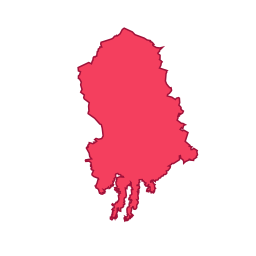 Sandefjord nor, Vestfold, Norway, rotated 31°
{"feature_id": "86288312B12201330718372", "entity_name": "Sandefjord nor", "entity_type": "district", "adm_level": 2, "iso_a3": "NOR", "parent_name": "Norway", "parent_adm1": "Vestfold", "projection": "robinson", "projection_center": [10.23, 59.215], "detail": "fine", "context": "isolated", "style": "filled", "palette": "rose", "viewbox_px": 256, "rotation_deg": 31, "n_neighbors": 0, "source": "geoboundaries", "source_scale": "gbopen_adm2", "svg_char_len": 6015}
<svg xmlns="http://www.w3.org/2000/svg" viewBox="0 0 256 256"><g transform="rotate(31 128 128)"><path d="M134.6,196.1L137.2,198.5L137.8,197.9L138.8,198.5L140.2,197.8L141.2,196.0L139.8,196.2L141.2,194.4L139.0,193.5L140.2,193.3L140.1,191.7L141.4,190.4L141.7,188.7L143.0,189.6L143.8,187.9L143.0,186.3L142.1,186.0L143.5,186.1L143.5,185.6L143.7,185.2L144.0,186.2L145.0,185.3L144.8,184.0L143.7,184.1L143.4,182.2L142.6,181.5L143.3,181.0L143.1,179.5L142.2,178.4L142.8,176.4L141.3,174.5L141.4,173.4L142.7,172.2L144.1,172.7L145.7,171.8L146.7,172.7L148.9,172.0L149.4,172.4L146.1,174.1L144.0,176.7L143.9,177.6L144.2,177.0L144.3,177.7L144.8,177.7L144.7,178.4L145.6,179.4L145.4,180.5L147.1,182.7L149.1,183.7L149.0,184.5L147.4,186.0L148.0,186.3L148.3,187.7L149.8,188.0L150.2,187.4L149.6,186.0L151.3,184.8L151.8,185.0L151.1,187.9L151.5,188.6L152.9,187.9L152.5,186.6L154.2,186.6L154.6,188.0L154.3,188.5L154.6,188.4L154.2,189.2L154.9,190.2L154.5,190.9L156.8,193.6L157.3,195.6L156.7,196.4L157.2,197.3L156.1,197.9L156.1,199.8L154.4,201.3L153.8,201.0L153.6,201.8L154.4,202.3L155.1,202.3L155.3,201.7L156.3,202.0L157.3,203.4L156.5,204.3L156.3,206.1L158.1,205.9L157.6,207.2L158.3,207.7L158.3,209.1L159.2,209.6L158.8,210.6L160.2,212.6L159.3,212.6L159.6,213.6L159.0,213.7L159.7,215.0L161.5,215.0L161.9,212.3L162.8,212.3L161.9,211.1L163.6,212.4L163.2,210.7L164.3,211.3L164.5,209.9L164.1,209.1L163.2,209.0L163.5,208.7L163.3,208.0L163.3,208.5L162.6,208.4L162.9,207.7L162.2,207.3L162.0,205.4L160.1,202.4L161.0,201.6L162.3,203.3L162.8,203.3L162.7,203.6L164.6,203.1L163.0,200.5L164.4,198.7L164.5,197.4L163.6,195.9L164.4,195.2L163.9,194.1L162.7,193.9L162.9,192.4L162.3,192.4L161.4,191.2L161.0,189.6L161.9,188.7L161.3,186.7L156.7,180.9L158.3,180.6L157.2,178.2L157.8,176.6L158.6,176.8L159.2,176.3L158.4,174.9L159.0,174.1L158.2,173.1L158.6,173.2L158.5,172.7L161.0,176.7L162.4,177.1L162.8,178.4L164.3,177.8L162.7,179.3L165.3,182.6L164.9,184.3L164.4,184.7L165.4,186.2L165.0,187.4L165.3,188.5L166.0,189.0L166.3,188.6L166.5,189.2L166.2,188.3L166.8,187.8L167.6,187.7L167.6,188.5L168.0,187.8L168.4,187.9L168.2,188.4L168.9,189.6L168.9,190.9L168.2,190.7L167.8,191.6L168.6,193.5L169.3,193.8L169.3,195.2L168.5,196.2L168.8,198.0L170.9,201.1L172.0,201.7L171.9,202.3L172.8,202.2L172.7,204.7L172.2,205.4L171.0,205.4L171.6,205.9L171.3,206.4L171.7,207.2L171.2,207.4L173.2,209.3L173.7,208.1L173.1,206.6L173.8,206.5L173.9,207.3L174.4,207.2L174.3,207.7L174.6,207.4L174.7,207.9L175.1,207.6L175.7,206.3L175.4,205.2L176.0,204.7L174.9,202.4L175.5,202.3L176.5,203.3L176.4,202.1L176.8,202.2L176.3,200.8L177.2,201.4L177.4,200.2L174.3,199.6L173.0,195.8L172.1,194.8L173.1,193.9L172.6,193.0L172.9,192.8L174.7,194.5L175.9,194.1L176.4,193.3L176.5,191.8L175.2,189.6L175.3,187.2L174.8,186.1L172.9,185.1L173.4,185.0L173.3,183.3L171.3,180.8L170.7,179.6L170.9,179.2L168.8,177.6L169.2,177.1L170.2,177.3L169.5,176.0L168.4,175.9L168.3,174.6L168.9,174.3L168.4,172.7L167.0,171.7L164.8,172.9L166.6,170.9L165.5,169.3L165.9,168.3L164.8,167.6L164.3,166.5L166.8,164.9L167.5,166.1L168.3,165.4L169.9,165.9L170.2,166.6L171.5,165.9L171.9,166.7L171.5,167.9L173.2,168.6L174.8,167.7L174.7,165.3L175.5,168.0L176.9,167.1L177.4,167.5L175.8,170.3L176.4,172.5L176.9,172.6L176.9,171.9L178.0,172.1L177.7,171.3L178.7,171.0L178.8,169.6L179.8,171.2L181.2,170.3L180.8,171.0L181.3,171.5L181.8,170.4L183.1,170.7L183.4,170.1L182.7,168.8L183.3,168.7L182.3,166.2L182.6,165.5L181.4,165.2L180.1,163.2L180.3,162.6L178.5,162.5L177.3,161.4L176.3,161.6L175.3,162.7L174.8,162.0L175.3,160.6L176.3,160.5L176.3,159.6L179.0,159.9L178.6,158.5L180.3,157.2L180.4,154.9L181.5,154.0L181.5,152.2L182.8,150.9L182.6,149.6L184.2,148.3L184.5,146.6L183.0,145.1L184.2,143.8L184.6,140.4L184.1,139.1L182.4,139.7L183.9,136.8L183.9,135.8L185.3,135.0L188.5,128.6L186.4,125.5L187.1,124.7L188.8,126.7L191.5,127.0L192.9,127.9L193.9,129.5L194.6,127.2L196.7,124.1L196.6,123.2L197.7,122.9L197.9,123.4L200.9,122.0L200.4,121.0L201.9,117.7L201.1,117.1L201.4,115.2L199.2,112.9L199.0,111.7L194.8,111.6L194.3,113.2L193.2,114.0L192.2,112.9L192.5,111.3L189.9,112.0L190.0,111.0L183.9,110.0L181.8,101.0L177.1,101.1L176.2,102.3L173.4,102.3L173.6,100.1L175.3,100.4L174.5,97.8L174.7,96.5L175.4,95.7L172.7,95.8L171.4,96.5L166.1,96.0L165.6,93.5L164.8,92.5L165.6,91.6L164.8,91.3L165.4,90.6L164.7,90.4L165.4,89.7L163.6,89.4L166.3,88.5L167.1,87.0L166.8,85.0L164.6,84.9L163.3,84.4L163.3,83.5L162.1,82.7L159.8,82.2L159.3,79.7L156.7,76.0L155.7,75.9L154.2,77.5L153.9,79.2L149.7,79.0L145.2,80.3L144.7,78.9L145.6,77.1L146.0,74.1L145.9,73.2L144.1,71.3L143.5,71.9L141.6,71.6L138.4,70.4L135.9,68.5L132.6,61.8L132.4,60.0L131.6,59.4L131.9,58.7L124.1,60.4L123.9,57.4L123.0,55.2L123.2,53.7L119.7,53.0L119.8,52.2L118.0,49.1L115.3,48.8L115.0,47.9L115.5,46.0L115.0,45.1L116.1,41.0L114.1,43.0L110.7,44.5L106.9,44.4L106.4,43.9L107.1,43.0L104.7,42.1L102.9,42.4L103.1,42.0L102.1,41.6L99.1,42.7L95.6,42.6L85.9,44.4L82.3,43.4L73.3,44.4L72.4,46.5L72.7,51.3L71.5,54.4L70.5,54.5L70.6,55.0L69.2,56.3L68.9,58.6L68.1,60.1L60.8,68.4L61.4,70.1L63.7,72.1L62.2,72.9L62.6,74.0L61.9,75.7L62.8,77.4L62.3,78.2L64.1,82.5L63.0,83.6L63.2,84.0L62.1,84.6L62.0,85.6L63.1,88.4L62.9,89.0L63.6,91.8L60.6,92.1L54.1,101.9L56.1,104.6L58.3,104.2L59.1,107.2L58.7,108.9L60.0,111.1L61.2,110.9L64.3,112.7L65.2,115.4L68.7,118.6L69.0,121.7L73.5,122.2L74.4,124.8L75.6,125.6L81.7,126.2L82.9,129.5L85.8,133.6L85.8,134.8L86.4,136.2L94.4,136.8L101.8,139.1L103.3,138.8L105.9,141.3L110.8,147.6L110.9,150.6L108.6,152.8L106.0,153.4L105.4,155.1L108.0,155.5L107.5,156.8L106.1,157.7L106.9,158.1L106.0,159.5L102.3,160.5L102.9,162.1L102.5,163.1L102.9,164.5L103.6,164.6L103.6,165.3L102.6,165.7L102.6,166.6L107.6,169.5L110.0,172.3L112.7,173.2L108.1,177.2L108.3,177.9L109.0,178.4L111.7,176.5L114.0,176.7L115.8,178.9L115.1,179.1L115.6,180.0L116.4,180.6L115.4,179.4L117.0,180.2L117.8,181.9L116.8,181.8L118.2,182.5L120.3,182.2L120.8,186.1L121.6,186.9L123.8,187.2L128.5,186.4L129.0,187.0L128.7,187.1L129.9,191.4L130.0,193.3L130.5,194.0L129.8,194.6L131.6,195.8L133.0,195.5L134.6,196.1Z" fill="#f43f5e" stroke="#9f1239" stroke-width="1.5"/></g></svg>